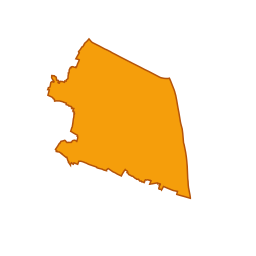 the district of Tra Cu, Trà Vinh, Vietnam, rotated 218°
{"feature_id": "81297802B8258305147124", "entity_name": "Tra Cu", "entity_type": "district", "adm_level": 2, "iso_a3": "VNM", "parent_name": "Vietnam", "parent_adm1": "Trà Vinh", "projection": "albers", "projection_center": [106.32, 9.701], "detail": "fine", "context": "isolated", "style": "filled", "palette": "amber", "viewbox_px": 256, "rotation_deg": 218, "n_neighbors": 0, "source": "geoboundaries", "source_scale": "gbopen_adm2", "svg_char_len": 5505}
<svg xmlns="http://www.w3.org/2000/svg" viewBox="0 0 256 256"><g transform="rotate(218 128 128)"><path d="M172.0,66.5L171.6,66.5L171.1,66.3L170.9,66.1L170.3,65.6L170.1,65.3L169.7,65.5L170.0,66.0L169.9,66.1L169.4,66.1L168.7,66.0L168.4,66.1L167.6,66.7L167.2,66.8L164.6,67.0L164.7,66.8L158.4,66.7L158.3,66.8L158.4,67.1L158.3,67.3L157.8,67.0L157.0,66.6L156.4,66.0L155.1,65.2L154.6,65.0L154.1,65.0L154.0,64.9L154.0,64.4L150.5,63.3L150.8,63.7L151.1,65.1L151.2,65.6L151.2,65.8L149.5,65.7L148.8,65.6L148.7,65.8L148.8,66.1L149.1,67.0L149.1,67.3L145.3,68.4L146.3,71.6L145.4,72.2L145.0,72.6L144.2,73.0L142.5,73.7L140.6,74.2L139.9,74.4L139.5,74.6L136.8,75.1L128.7,77.9L128.5,77.6L128.4,77.6L127.9,77.6L126.2,78.2L124.7,78.9L122.9,79.7L121.5,79.9L119.1,80.9L118.8,80.9L118.6,81.1L118.8,81.2L119.1,81.5L119.2,81.8L119.1,82.2L118.9,82.7L118.8,83.5L118.6,83.9L113.0,84.2L110.6,84.8L108.0,85.1L103.7,86.1L104.2,88.4L104.6,92.1L104.4,92.8L104.7,93.3L104.7,93.5L104.4,93.4L103.1,93.5L102.8,93.6L101.9,93.5L101.5,93.3L101.5,93.1L101.5,92.4L101.3,92.2L101.1,92.2L100.5,92.5L100.4,92.5L100.2,92.5L99.7,92.1L99.2,91.9L98.8,91.8L98.4,91.8L97.6,92.0L97.0,92.2L96.8,92.3L96.6,92.3L96.1,92.2L95.6,92.3L94.9,92.7L94.5,92.9L94.3,93.0L93.5,92.8L92.7,92.9L91.8,92.8L91.3,92.8L91.0,92.9L90.7,93.1L89.8,92.9L89.6,92.9L89.1,93.4L88.6,93.6L88.3,93.8L88.1,94.1L86.7,93.6L86.3,93.5L85.9,93.5L85.7,93.6L85.2,94.2L85.0,94.3L84.7,94.3L84.1,94.0L82.6,94.8L82.1,94.9L81.7,94.9L81.8,95.7L82.4,97.2L82.4,97.7L82.3,98.0L82.2,98.1L81.5,98.3L81.3,98.4L81.1,98.7L80.9,99.0L80.4,99.5L80.0,99.6L79.6,99.7L79.3,99.9L79.0,99.9L78.8,99.9L78.6,100.3L78.3,100.5L77.3,100.6L76.3,97.1L75.6,97.8L75.4,98.1L74.4,99.1L71.3,102.6L70.7,103.0L70.5,102.8L70.4,102.3L70.3,102.2L70.2,102.2L70.1,102.6L68.8,103.2L68.9,103.5L68.5,103.7L68.1,103.8L67.7,103.3L67.8,103.2L68.0,102.8L68.1,102.7L68.0,102.4L67.7,102.3L67.7,102.0L67.9,101.7L67.5,101.3L67.2,101.2L67.0,100.9L66.8,99.6L66.3,99.1L65.9,99.0L65.5,99.1L64.9,99.6L64.5,99.8L63.9,99.9L63.4,99.7L63.5,100.8L63.7,101.8L64.0,103.7L64.0,103.8L63.2,104.0L61.0,104.6L59.1,105.1L55.2,106.2L53.9,106.6L50.0,108.5L48.7,105.7L45.4,107.0L41.6,108.6L35.6,111.0L35.9,111.4L38.2,113.6L43.5,118.2L45.3,120.0L47.9,123.0L49.7,124.8L57.7,134.2L61.3,138.1L64.3,141.2L67.7,144.4L73.4,149.3L75.2,150.6L76.3,151.8L81.4,157.3L84.7,160.6L89.2,164.0L90.7,165.3L97.1,171.2L101.1,174.7L106.7,179.8L109.8,182.5L110.5,183.1L111.9,184.1L113.6,185.4L115.1,186.4L124.1,191.7L126.1,192.7L126.6,192.0L127.5,191.2L128.7,190.3L130.2,189.3L132.8,188.0L134.0,187.6L146.6,185.3L148.9,184.8L150.6,184.4L156.2,183.4L164.7,181.7L177.8,179.2L183.4,178.2L186.9,177.5L189.0,177.3L193.0,176.5L194.7,176.0L201.2,174.9L208.7,173.4L209.4,173.4L210.4,173.5L213.1,174.1L213.6,174.2L213.6,173.6L213.7,173.1L213.6,171.8L213.8,171.3L213.9,170.3L214.3,168.1L214.3,167.8L214.0,167.5L214.0,167.3L214.1,166.9L214.1,166.7L213.8,166.2L213.7,165.9L213.8,165.7L213.7,164.6L213.7,164.1L213.8,164.0L214.1,163.7L214.2,163.4L214.1,162.5L214.0,161.4L213.9,160.4L214.0,157.7L213.8,157.5L213.3,157.3L212.8,157.4L212.7,157.3L212.5,155.9L212.2,153.6L211.7,150.4L209.7,151.3L208.8,151.6L208.3,151.7L208.2,151.5L207.2,147.4L206.2,144.5L206.7,144.2L206.5,143.7L206.4,143.5L206.5,143.5L207.6,142.9L209.4,142.3L209.7,141.8L210.0,141.7L210.2,141.4L210.0,140.8L209.9,140.5L210.3,140.3L210.6,140.2L210.2,138.2L210.2,137.9L209.9,137.3L208.6,135.4L208.5,135.2L208.9,134.5L208.7,134.4L208.2,133.9L208.0,133.6L207.6,132.7L206.1,130.5L205.9,130.3L205.9,130.2L205.8,129.5L206.1,128.2L206.2,127.8L205.9,127.3L205.6,127.0L205.7,126.9L206.0,126.6L206.8,126.1L206.4,125.3L206.2,124.9L207.1,124.6L208.4,124.2L209.2,123.6L209.8,123.0L210.1,123.1L210.3,122.8L210.4,122.7L210.3,122.4L209.9,121.6L209.7,121.1L210.5,120.6L211.1,120.7L211.2,120.8L211.3,121.6L211.3,121.8L212.2,122.5L212.6,122.5L212.7,122.4L212.9,122.3L213.2,121.9L213.3,121.9L213.5,121.8L214.2,122.2L214.8,122.8L214.9,123.0L215.1,123.2L216.0,123.8L216.5,123.9L217.1,123.7L217.3,123.5L217.8,123.5L218.1,123.8L218.9,123.4L219.2,123.0L220.0,122.7L220.4,122.5L220.4,122.4L219.8,121.6L219.3,120.8L218.9,120.5L217.2,119.8L214.9,119.1L214.7,118.9L214.7,118.7L214.8,118.5L215.1,118.1L215.6,118.1L215.9,118.2L216.4,117.9L216.5,117.7L216.7,117.1L216.7,116.7L216.8,116.3L216.4,115.5L214.8,112.5L214.8,112.1L215.0,111.4L215.6,110.8L215.3,110.2L214.9,108.8L213.8,109.5L213.5,109.6L213.3,109.1L212.3,106.9L211.3,104.5L207.1,105.5L206.4,105.5L206.0,105.5L205.4,105.4L205.1,105.1L204.7,105.1L203.7,105.3L202.9,104.5L202.4,104.0L200.9,105.5L199.6,106.4L198.9,107.0L197.9,107.5L195.4,108.6L195.2,108.6L194.9,108.6L191.9,109.6L191.2,108.4L190.8,108.6L190.1,108.7L189.7,108.9L189.1,109.2L188.8,109.3L188.7,109.3L188.3,108.9L186.0,110.0L185.6,109.9L185.2,109.3L184.7,109.6L184.4,109.1L184.3,108.7L183.3,109.3L183.3,109.7L182.7,110.0L182.0,107.5L181.4,107.8L181.0,107.1L180.0,107.4L179.4,106.0L178.9,106.2L178.7,105.7L178.8,105.3L178.5,104.8L177.9,104.0L177.3,102.9L177.0,102.4L176.8,101.8L174.7,98.3L172.6,94.5L172.5,94.1L172.5,93.9L172.5,93.7L171.1,90.1L166.3,90.7L163.4,91.2L163.2,91.1L162.9,90.2L162.7,90.3L162.1,90.1L161.7,89.5L161.3,88.9L160.7,87.3L160.2,86.3L160.1,85.9L161.2,85.9L161.8,85.8L162.4,85.6L162.7,85.3L163.4,84.6L163.8,84.0L163.9,83.4L163.9,82.9L163.8,82.1L164.0,81.5L164.1,81.4L164.6,81.3L165.3,80.5L166.1,79.9L166.4,79.9L166.7,79.5L167.0,79.0L167.8,79.0L169.3,79.4L169.8,79.4L170.2,79.4L170.5,79.1L171.0,78.2L172.6,76.2L172.3,74.1L172.5,74.1L172.6,73.1L172.3,71.0L172.2,69.7L172.0,66.5Z" fill="#f59e0b" stroke="#b45309" stroke-width="1.5"/></g></svg>